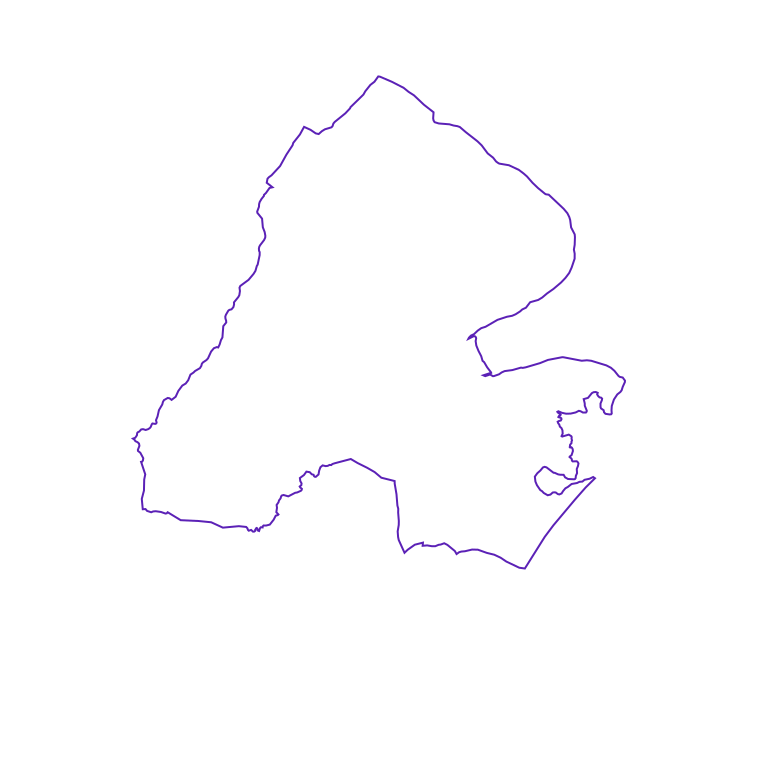 Eratap, Shefa, Vanuatu, rotated 220°
{"feature_id": "77236927B93199120734028", "entity_name": "Eratap", "entity_type": "district", "adm_level": 2, "iso_a3": "VUT", "parent_name": "Vanuatu", "parent_adm1": "Shefa", "projection": "albers", "projection_center": [168.385, -17.773], "detail": "fine", "context": "isolated", "style": "outline", "palette": "violet", "viewbox_px": 768, "rotation_deg": 220, "n_neighbors": 0, "source": "geoboundaries", "source_scale": "gbopen_adm2", "svg_char_len": 6154}
<svg xmlns="http://www.w3.org/2000/svg" viewBox="0 0 768 768"><g transform="rotate(220 384 384)"><path d="M259.8,267.9L259.3,272.3L257.1,280.7L252.2,287.5L250.4,284.9L247.2,288.1L243.1,290.5L240.4,292.8L238.8,295.9L237.4,297.4L235.5,300.7L232.0,301.5L222.4,301.6L219.1,300.4L218.3,303.5L217.0,305.4L214.5,307.9L210.1,313.8L205.6,317.4L196.7,320.7L189.8,324.1L183.0,325.9L176.2,326.6L162.3,330.2L157.5,333.2L162.6,370.2L163.4,384.7L163.4,418.0L163.0,434.4L161.8,447.4L164.0,447.2L165.6,443.6L168.8,439.5L169.3,436.8L171.4,434.7L172.5,432.2L176.0,428.0L177.0,423.3L178.0,420.7L178.0,417.1L177.6,414.3L178.7,412.1L180.1,411.4L182.7,411.3L184.0,410.4L185.0,409.3L185.4,406.3L187.1,404.0L191.6,403.2L194.1,403.5L196.1,403.2L201.8,404.8L205.3,406.6L208.9,410.0L209.2,414.2L208.6,418.2L208.6,422.3L207.7,423.8L205.9,424.6L197.1,425.0L196.1,425.7L192.5,426.7L190.8,427.7L188.0,429.9L185.3,428.9L182.0,429.5L177.1,433.2L176.6,434.0L176.7,435.1L178.0,437.0L178.8,439.8L181.7,442.8L182.7,445.9L184.0,448.2L185.4,448.7L186.7,448.7L189.7,446.0L190.8,446.1L191.8,447.1L192.9,447.4L194.9,447.3L195.1,447.7L194.6,450.1L196.2,454.1L197.6,455.4L199.2,456.0L200.0,455.9L200.5,455.0L201.1,455.0L202.4,457.2L202.4,459.3L203.3,460.3L203.7,461.6L205.2,462.7L206.1,464.0L207.0,464.4L209.9,464.0L213.7,458.3L214.5,458.2L215.2,460.8L217.5,463.2L219.7,464.3L221.9,464.4L223.7,465.6L225.3,465.9L226.7,466.7L226.2,468.1L225.1,469.7L225.4,471.1L226.1,471.7L227.2,471.7L228.2,471.0L229.2,470.8L229.4,472.1L228.8,473.5L229.0,474.1L232.7,473.9L233.3,474.1L232.9,475.2L229.2,476.3L225.4,478.3L222.0,481.3L218.9,485.4L217.5,488.7L215.9,489.5L213.3,490.0L211.0,491.9L211.0,493.1L211.5,493.9L216.2,496.4L217.8,498.2L221.3,500.8L218.8,504.5L218.9,510.6L218.2,512.4L216.6,514.0L214.6,514.6L214.0,513.0L212.1,512.4L210.3,512.3L208.9,513.1L207.5,513.0L206.7,511.7L205.6,508.2L203.2,505.4L202.0,504.8L198.9,505.1L197.3,503.8L195.2,503.5L191.6,505.7L190.5,506.9L190.6,507.8L192.9,510.2L195.4,513.6L197.9,519.9L198.6,526.0L197.8,529.8L197.9,531.9L199.3,535.3L200.7,540.3L201.6,541.5L205.3,542.4L208.0,541.0L209.5,540.9L215.9,542.2L220.6,542.3L225.6,541.2L240.2,535.0L243.8,532.6L247.5,528.9L263.6,519.9L264.7,519.1L273.9,507.8L277.9,500.3L286.2,487.8L288.1,485.5L289.6,484.6L294.6,477.2L299.9,471.4L301.3,468.5L302.1,465.4L304.9,460.7L305.6,460.0L308.8,459.5L311.5,455.1L313.5,454.5L310.2,459.8L309.2,460.7L309.0,461.4L309.5,461.7L315.7,463.1L321.3,465.1L323.4,465.1L327.4,467.8L332.9,470.1L338.0,472.8L341.4,475.8L342.8,478.3L343.7,478.9L345.0,479.0L346.0,478.3L348.4,472.8L348.7,474.1L348.5,477.0L347.1,480.0L346.5,485.2L345.4,489.3L343.0,493.1L338.3,506.1L333.0,514.6L329.7,518.6L328.0,522.0L326.4,527.1L326.0,530.0L324.3,533.7L324.6,540.6L319.9,547.5L318.4,551.9L317.3,558.2L315.3,565.7L313.6,575.6L313.2,581.9L313.5,588.1L315.1,593.8L318.5,602.5L321.7,606.4L324.9,609.0L327.4,613.2L332.1,619.2L334.1,621.2L341.3,624.2L346.8,629.3L349.4,631.0L353.3,632.7L359.0,633.7L379.5,634.9L381.9,633.4L382.9,633.2L391.9,633.1L399.5,633.6L407.9,634.9L412.3,635.0L418.3,634.7L428.9,631.9L437.4,626.9L439.2,626.6L441.2,626.5L445.8,627.5L452.8,627.3L462.6,629.6L468.3,630.0L483.2,629.5L491.1,629.6L493.5,628.7L496.9,626.7L500.8,625.0L509.5,618.8L513.5,617.1L515.4,617.7L517.1,619.1L520.7,624.0L533.0,623.6L546.6,624.4L553.0,623.6L559.3,623.5L572.1,620.6L584.7,616.8L586.1,615.9L585.6,609.4L586.7,604.4L586.5,596.2L585.8,592.5L587.6,574.5L587.2,573.3L587.6,566.5L590.2,553.1L590.2,551.0L589.2,548.6L589.2,546.9L593.0,541.1L594.1,537.7L594.7,533.5L597.4,532.1L603.6,531.5L610.5,529.6L608.8,521.1L608.5,510.4L607.5,508.1L606.2,497.0L603.7,484.2L604.3,471.6L605.1,468.4L605.2,466.4L603.2,462.8L595.9,463.0L597.7,460.6L597.2,454.4L597.5,451.7L596.9,450.9L596.8,447.1L596.2,443.5L595.3,441.5L593.7,439.4L592.0,434.6L591.0,433.7L583.7,432.3L577.6,426.2L573.1,423.7L570.2,421.3L569.1,419.8L568.4,417.2L568.1,410.5L567.7,408.8L566.8,407.2L565.3,405.7L564.0,405.1L562.1,402.8L557.5,394.2L557.3,392.7L555.2,388.0L554.7,384.4L554.7,376.7L557.1,366.8L556.6,364.9L554.1,362.6L551.9,359.0L551.5,356.9L551.4,350.1L550.0,348.6L548.8,346.1L548.8,343.2L550.1,341.4L550.4,340.1L549.6,335.4L548.9,333.6L547.5,332.2L545.6,331.0L544.4,329.7L544.3,325.0L537.7,315.8L537.1,312.8L535.3,308.6L534.5,305.4L535.8,304.8L537.3,302.1L537.3,297.7L535.3,290.5L535.4,288.2L536.6,284.0L536.5,282.3L535.6,280.5L535.2,277.8L537.1,272.5L537.3,270.3L538.3,266.8L536.4,261.0L536.2,256.9L537.5,253.1L537.1,246.5L535.4,240.3L536.5,235.3L539.1,235.2L540.7,234.3L542.2,230.2L541.8,228.1L540.7,225.8L539.6,219.3L536.6,213.5L535.4,209.7L533.5,208.4L533.1,207.4L533.6,206.4L536.0,204.9L536.0,203.9L535.1,201.1L535.1,199.7L535.6,197.9L537.0,195.6L539.6,194.5L540.8,193.1L540.9,190.3L541.6,188.7L541.5,187.7L540.3,185.9L540.0,182.9L541.2,180.8L539.2,180.9L537.7,180.4L535.4,181.0L533.4,180.9L531.6,179.4L530.2,175.3L529.4,174.6L526.5,174.7L520.7,172.4L519.5,170.4L519.4,168.8L520.0,168.2L508.8,161.3L506.3,156.7L499.4,148.1L495.7,140.3L488.3,133.0L486.3,134.9L483.9,134.5L479.9,136.1L478.9,138.0L477.1,139.8L472.6,142.6L468.1,144.3L467.3,145.3L467.3,146.7L452.2,149.0L438.2,159.7L427.5,167.0L415.1,170.4L403.8,181.8L397.7,185.9L396.0,185.7L394.4,184.8L393.3,184.7L392.0,186.8L389.4,186.7L388.5,187.6L388.3,188.7L388.3,189.1L388.9,189.4L389.2,191.5L389.0,191.9L388.2,191.9L386.3,190.7L385.2,191.1L386.3,193.8L386.3,195.0L384.8,196.1L385.4,196.9L385.3,198.2L383.4,199.7L381.1,202.9L381.3,209.1L382.3,213.5L381.1,215.3L381.0,216.2L384.1,216.6L386.4,220.4L388.5,222.3L388.8,225.6L389.6,227.3L389.7,229.8L390.6,231.9L390.6,232.9L389.6,234.4L385.1,236.4L382.1,243.6L380.8,245.1L379.0,248.8L379.0,250.0L379.5,250.9L381.7,250.9L382.7,251.3L382.3,253.3L383.3,254.9L385.7,255.8L388.0,257.9L386.8,262.8L387.1,267.0L384.2,268.7L381.3,268.4L379.6,269.2L378.5,268.5L377.6,268.4L376.6,269.0L376.0,272.6L378.0,276.0L379.2,279.4L378.7,282.2L375.9,283.6L374.5,285.1L373.7,287.0L372.3,288.0L372.1,289.5L370.8,291.6L361.2,305.2L353.4,306.5L343.0,309.0L334.6,310.5L325.8,310.5L313.5,316.5L311.7,314.5L303.6,307.6L295.6,299.5L292.9,297.6L290.5,294.6L284.6,288.6L282.1,285.5L278.8,279.9L274.9,275.9L272.5,274.0L259.8,267.9Z" fill="none" stroke="#5b21b6" stroke-width="2"/></g></svg>